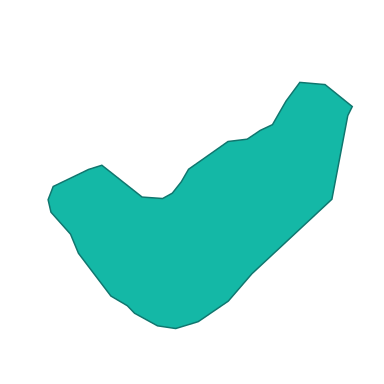 SVG path tracing the border of Gornji Petrovci, rotated 105°
{"feature_id": "SVN-928", "entity_name": "Gornji Petrovci", "entity_type": "Municipality", "adm_level": 1, "iso_a3": "SVN", "parent_name": "Slovenia", "parent_adm1": "", "projection": "robinson", "projection_center": [16.198, 46.801], "detail": "fine", "context": "isolated", "style": "filled", "palette": "teal", "viewbox_px": 384, "rotation_deg": 105, "n_neighbors": 0, "source": "natural_earth", "source_scale": "10m", "svg_char_len": 532}
<svg xmlns="http://www.w3.org/2000/svg" viewBox="0 0 384 384"><g transform="rotate(105 192 192)"><path d="M77.9,61.3L162.8,55.0L255.5,113.0L288.0,128.7L315.6,152.4L328.1,172.4L330.2,190.7L324.0,216.1L318.6,225.0L313.5,243.4L280.6,285.8L264.2,298.4L248.0,323.0L236.7,329.0L222.6,327.5L197.0,297.8L189.5,286.0L209.8,238.9L205.9,218.7L198.2,210.7L185.0,205.0L170.9,201.2L133.9,170.3L126.7,152.4L114.8,142.0L106.1,131.7L79.8,124.7L58.2,116.2L53.8,91.3L68.0,59.3L77.9,61.3Z" fill="#14b8a6" stroke="#0f766e" stroke-width="1.5"/></g></svg>